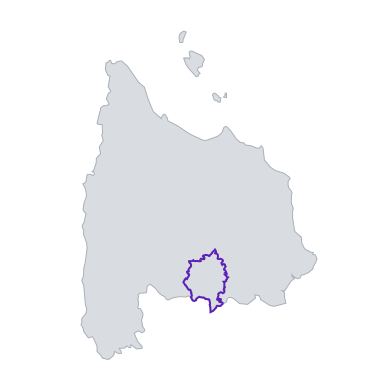 Cáceres on a map of Spain (Mercator projection), rotated 266°
{"feature_id": "ESP-5811", "entity_name": "Cáceres", "entity_type": "Autonomous Community", "adm_level": 1, "iso_a3": "ESP", "parent_name": "Spain", "parent_adm1": "", "projection": "mercator", "projection_center": [-6.162, 39.756], "detail": "fine", "context": "in_parent", "style": "outline", "palette": "violet", "viewbox_px": 384, "rotation_deg": 266, "n_neighbors": 0, "source": "natural_earth", "source_scale": "10m", "svg_char_len": 8005}
<svg xmlns="http://www.w3.org/2000/svg" viewBox="0 0 384 384"><g transform="rotate(266 192 192)"><path d="M207.8,83.7L207.9,84.8L209.8,87.0L215.5,88.2L216.9,89.1L216.7,92.1L215.3,94.6L216.5,95.8L217.9,95.7L219.6,93.7L219.9,95.0L222.5,96.3L228.3,98.6L232.3,98.9L236.5,103.5L243.3,102.6L249.5,107.0L255.2,106.0L256.5,106.9L265.5,107.0L265.9,103.4L267.0,102.0L282.5,107.0L284.4,110.0L284.1,111.6L284.9,115.1L286.9,115.0L291.0,113.0L296.3,115.5L297.7,117.7L298.7,117.8L302.7,115.7L313.5,118.3L313.9,116.6L314.6,116.1L319.2,114.5L321.0,114.2L326.8,115.3L327.4,117.4L328.6,118.2L329.0,119.9L325.7,121.0L325.3,124.0L327.4,126.5L327.6,131.0L321.8,136.6L305.4,146.2L299.9,151.8L287.7,154.7L275.0,158.9L267.4,166.5L269.4,167.1L271.6,169.6L270.9,170.8L267.6,172.5L264.6,173.0L259.1,182.2L251.5,191.7L248.7,196.0L242.7,207.0L242.6,210.2L245.6,221.0L247.3,223.9L249.6,226.3L254.1,228.3L255.2,230.3L253.7,232.2L249.2,235.6L241.4,240.1L238.1,243.7L237.4,247.2L235.1,248.7L234.2,253.5L231.1,260.2L230.9,262.0L233.3,264.4L230.9,265.9L218.9,266.5L211.5,271.7L207.7,276.3L204.4,284.9L200.3,289.9L198.5,290.8L195.7,288.6L192.2,288.3L188.8,289.0L187.0,290.7L184.2,291.7L181.5,290.9L175.6,290.4L173.0,290.5L168.9,291.9L165.4,291.0L159.5,290.5L146.7,291.6L145.1,292.1L139.4,297.9L133.2,298.0L127.6,300.3L123.8,305.9L123.1,308.8L122.0,308.1L121.1,308.4L120.7,310.6L116.8,312.0L112.5,310.2L108.8,307.5L106.9,307.3L103.8,303.0L102.5,300.2L101.6,297.3L101.5,295.2L98.8,294.0L98.1,291.3L100.1,287.8L102.7,285.8L100.3,286.0L98.5,288.3L96.2,284.6L86.9,277.5L87.4,274.9L85.8,276.8L84.7,277.3L80.0,277.0L74.5,277.9L72.2,265.8L73.6,261.5L79.7,253.1L83.6,252.0L85.1,247.6L81.6,247.8L76.0,239.5L77.4,231.6L83.0,225.8L84.0,223.4L84.2,221.2L83.1,219.7L80.0,218.8L76.9,212.6L76.2,208.7L73.6,206.5L71.4,202.6L73.3,202.0L81.3,202.0L83.3,201.0L84.7,198.4L86.2,194.1L86.6,191.5L83.5,187.7L83.4,186.9L83.8,185.7L88.6,181.5L87.7,178.4L88.5,171.8L88.0,167.9L87.5,164.7L85.8,160.6L86.9,158.9L89.5,157.5L91.5,154.1L94.5,151.3L98.3,149.0L102.8,144.1L102.1,141.9L100.6,140.6L95.0,139.6L94.6,138.6L94.7,133.2L93.2,131.0L91.2,131.3L88.1,130.3L87.3,130.9L83.4,130.8L80.6,129.8L79.5,130.6L79.2,132.5L74.5,134.5L72.0,134.4L67.7,132.7L62.8,133.3L62.3,132.9L58.1,135.1L56.8,135.2L55.0,132.5L57.3,128.6L55.3,124.9L54.1,124.8L46.4,127.5L41.9,131.1L40.1,131.5L39.5,130.9L39.3,125.8L44.0,120.4L41.0,120.0L41.1,118.5L43.0,116.0L41.1,114.1L41.1,108.6L36.9,110.4L35.8,110.1L35.8,107.9L38.4,103.5L35.6,103.0L33.6,101.3L31.0,97.7L31.0,95.8L32.4,91.3L36.0,89.2L39.6,86.1L44.6,86.6L51.9,84.0L54.5,82.6L54.4,80.7L53.5,79.3L54.3,78.0L60.3,74.3L63.9,73.8L67.6,72.0L70.0,73.2L72.2,72.8L74.7,74.2L77.9,77.5L82.7,78.9L86.5,77.8L106.0,77.5L111.5,75.9L115.8,77.9L124.2,78.9L129.2,80.6L143.0,83.4L148.0,83.4L158.0,80.7L160.8,81.4L164.8,80.0L166.7,80.3L169.2,82.2L178.1,84.8L180.4,82.6L182.1,82.1L188.5,83.5L194.9,86.3L198.3,86.5L203.1,85.7L207.8,83.7ZM325.2,198.6L327.5,199.7L329.9,198.8L331.1,199.0L332.4,199.5L332.7,201.5L327.5,211.1L323.5,213.7L319.4,211.6L317.0,211.1L316.3,210.4L315.7,207.3L314.6,206.3L313.0,205.9L309.8,208.3L308.9,206.7L307.3,206.4L306.8,205.4L306.8,204.1L316.6,196.6L319.5,195.0L325.5,193.1L326.4,193.4L325.6,194.5L326.5,195.6L325.2,198.6ZM353.0,194.7L352.0,197.4L344.7,193.8L342.3,193.4L341.8,192.9L342.0,190.2L346.9,189.8L350.9,191.1L353.0,194.7ZM284.8,225.4L283.9,227.3L280.3,226.6L279.5,225.9L280.3,223.8L281.3,223.5L281.4,222.0L282.5,220.5L287.6,219.2L288.8,220.3L289.0,221.8L286.0,225.0L284.8,225.4ZM288.3,232.9L287.8,233.3L283.9,233.0L283.8,231.7L284.6,230.0L286.0,231.7L288.3,232.0L288.3,232.9Z" fill="#d9dde1" stroke="#a8b0b8" stroke-width="1"/><path d="M78.2,214.7L77.0,213.2L76.6,212.8L76.4,212.5L76.3,211.8L76.3,211.1L76.4,210.7L76.6,210.3L76.7,209.6L76.7,208.9L76.5,208.6L75.5,208.3L75.0,208.1L74.6,207.8L74.4,207.1L74.2,206.9L73.4,206.4L73.0,206.1L72.3,205.1L71.9,204.7L71.1,202.6L70.9,202.1L76.0,202.3L76.3,202.2L76.7,202.0L77.2,201.9L78.1,202.0L78.5,201.8L79.1,202.2L79.8,202.2L83.3,201.8L83.6,201.6L83.9,201.0L83.9,200.7L83.8,200.2L83.9,199.9L84.2,199.4L84.3,199.1L84.3,198.9L84.2,198.6L84.1,198.3L84.3,197.8L84.5,197.7L85.0,197.5L85.3,197.3L85.9,196.4L85.9,196.1L86.0,195.6L86.0,195.3L86.0,195.2L85.9,194.9L85.9,194.7L86.0,194.6L86.2,194.4L86.3,194.3L86.4,193.5L86.5,193.2L86.5,192.9L86.6,192.5L87.0,191.9L86.0,190.1L85.5,189.5L85.2,189.0L84.9,188.7L84.7,188.6L84.1,188.5L83.8,188.5L83.5,188.0L83.3,187.0L83.1,186.5L83.3,186.2L83.6,185.4L83.8,185.1L84.2,184.9L85.2,184.3L85.5,184.2L86.1,184.2L86.6,184.2L87.0,183.9L87.1,183.7L87.4,183.7L87.8,184.2L88.1,184.4L88.3,184.5L88.5,184.6L88.8,184.6L89.0,184.4L89.4,184.5L89.9,184.5L90.6,184.1L90.8,184.1L91.3,184.4L91.5,184.4L91.8,184.3L92.0,184.1L92.3,184.0L94.0,183.7L94.3,183.6L94.5,183.4L94.7,183.2L94.8,183.0L94.8,182.8L94.6,182.4L94.6,182.2L94.8,182.0L94.9,181.8L95.6,181.2L95.8,181.1L96.3,180.9L96.5,180.8L97.4,180.5L97.9,179.9L98.1,179.8L98.3,179.7L99.1,179.5L99.3,179.4L99.4,179.2L99.5,178.9L99.6,178.7L99.8,178.6L100.0,178.4L100.6,178.2L100.9,178.1L101.2,178.0L102.0,177.4L102.3,177.2L102.6,177.2L103.0,177.3L103.8,177.8L104.0,178.0L104.4,178.4L104.6,178.5L105.1,178.6L105.1,178.8L105.1,179.0L105.3,179.2L105.6,179.4L106.1,179.6L106.3,179.7L106.3,179.8L106.1,180.1L106.0,180.3L105.9,180.4L105.9,180.5L105.8,180.8L105.6,181.0L106.0,181.3L106.8,181.6L107.4,182.0L107.7,182.2L107.9,182.5L108.2,182.7L109.0,183.2L109.7,183.4L110.0,183.4L110.4,183.1L110.5,182.9L110.6,182.7L110.7,182.3L110.9,182.1L111.0,182.0L111.8,181.8L112.3,181.5L112.6,181.5L112.8,181.5L113.0,181.8L113.1,182.1L113.1,182.4L113.1,182.6L112.8,182.9L112.9,183.1L113.0,183.3L113.5,183.3L114.4,183.0L115.3,183.4L116.0,183.9L116.8,184.6L117.3,185.3L117.9,185.7L118.8,186.0L119.8,186.0L120.1,185.9L120.3,185.8L120.6,185.5L120.8,185.3L121.6,184.6L122.8,184.2L123.2,184.2L123.3,184.3L123.3,184.5L123.1,185.2L123.0,185.4L123.0,185.6L123.1,187.0L123.2,187.4L123.4,187.6L123.5,187.9L123.9,188.5L123.2,188.9L123.1,189.0L123.0,189.3L122.9,190.0L122.8,190.3L122.9,190.6L122.8,192.3L122.4,194.6L122.4,195.4L122.5,195.8L122.7,195.7L123.2,195.6L123.8,195.6L124.0,195.6L124.4,195.9L124.5,196.1L124.8,196.4L124.8,196.6L124.7,196.8L124.5,197.3L124.3,197.5L124.3,197.9L124.2,198.2L124.2,198.5L124.1,199.2L124.2,199.5L124.3,199.6L125.1,199.8L125.5,199.8L125.7,199.7L126.0,199.2L126.7,198.6L126.9,198.5L127.3,198.4L127.5,198.5L127.8,198.8L127.9,199.2L127.9,199.5L127.7,200.0L127.8,200.2L128.1,200.5L128.3,200.8L128.3,201.1L128.3,201.3L128.2,201.5L128.1,201.9L128.1,202.6L128.0,202.8L127.9,203.0L127.6,203.6L127.5,203.8L127.3,204.0L127.2,204.2L127.0,204.5L126.9,204.7L127.0,204.9L127.1,205.1L127.3,205.2L127.7,205.5L127.9,205.6L128.7,206.8L129.3,207.3L129.6,207.6L129.8,207.8L130.1,208.0L130.6,208.2L130.7,208.3L131.1,208.9L131.8,209.7L132.0,210.0L132.3,210.4L132.5,210.5L133.0,210.9L131.8,211.6L130.3,211.8L129.7,210.9L129.3,210.7L129.0,211.1L128.9,211.4L128.9,212.0L128.9,212.3L128.7,212.5L128.3,212.9L127.4,213.4L125.8,213.4L124.0,212.9L123.6,213.0L123.4,213.7L123.2,214.9L123.3,215.1L123.4,215.5L123.4,215.9L122.8,217.0L122.2,217.7L121.9,217.9L121.1,218.1L120.5,217.7L119.4,216.5L118.8,216.4L118.2,216.5L117.1,217.2L117.2,217.3L117.9,218.4L117.9,218.7L117.6,219.4L117.4,219.7L117.1,219.8L116.3,219.8L115.3,220.4L113.4,218.8L112.4,218.5L112.0,219.3L111.3,219.8L109.7,220.4L109.3,219.6L108.2,220.9L107.8,221.0L107.7,220.9L107.4,219.0L105.8,220.3L104.5,222.0L103.9,221.1L103.2,221.1L102.8,220.9L102.4,220.2L102.0,219.9L100.9,219.9L100.5,219.4L100.4,218.9L100.3,217.3L99.1,218.0L95.3,217.6L95.2,217.8L94.9,218.2L94.7,218.2L94.3,218.1L94.2,218.0L94.2,217.8L94.2,217.6L94.1,217.4L92.2,216.8L91.7,217.5L89.6,217.1L89.4,216.8L88.9,215.6L89.8,214.4L90.0,213.7L89.8,212.9L89.4,212.5L88.9,211.4L88.5,211.1L88.1,211.0L87.2,211.2L86.8,211.2L83.0,209.5L82.5,210.2L83.3,210.7L83.5,210.8L83.6,211.0L83.6,211.5L83.2,213.1L83.1,213.3L82.9,213.4L82.4,213.3L82.3,212.7L82.4,211.3L81.8,211.2L81.3,211.3L80.3,211.9L80.3,212.0L80.1,212.3L80.1,212.7L80.4,213.0L80.5,213.2L80.4,213.3L79.3,214.8L78.2,214.7Z" fill="none" stroke="#5b21b6" stroke-width="2"/></g></svg>